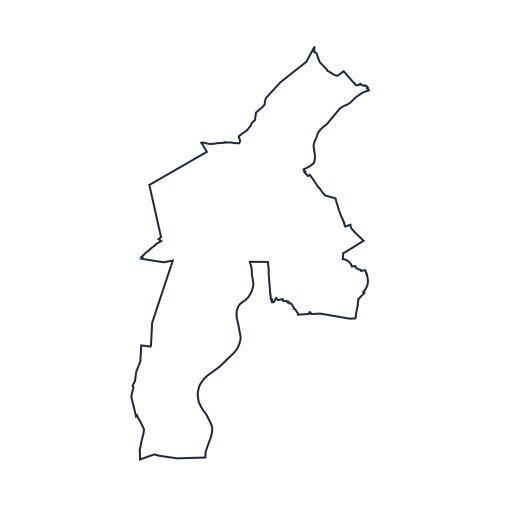 Venlo, Limburg, Netherlands (Equal Earth projection), rotated 186°
{"feature_id": "6326949B62614877207788", "entity_name": "Venlo", "entity_type": "district", "adm_level": 2, "iso_a3": "NLD", "parent_name": "Netherlands", "parent_adm1": "Limburg", "projection": "equal_earth", "projection_center": [6.131, 51.392], "detail": "fine", "context": "isolated", "style": "outline", "palette": "slate", "viewbox_px": 512, "rotation_deg": 186, "n_neighbors": 0, "source": "geoboundaries", "source_scale": "gbopen_adm2", "svg_char_len": 5766}
<svg xmlns="http://www.w3.org/2000/svg" viewBox="0 0 512 512"><g transform="rotate(186 256 256)"><path d="M219.6,470.5L226.2,454.4L249.9,431.3L262.7,414.0L263.3,409.9L263.3,407.1L264.3,406.2L265.2,404.7L271.0,398.7L271.2,391.2L274.2,387.6L274.9,385.0L278.0,380.3L280.6,377.8L282.2,376.6L285.6,373.2L285.4,372.2L285.2,371.8L284.9,371.1L284.3,370.2L283.9,369.3L283.9,368.4L284.4,366.4L288.5,366.0L292.6,366.3L298.4,365.6L298.6,366.0L299.7,365.5L299.6,365.3L301.6,364.8L305.8,364.3L309.2,363.3L313.4,362.6L317.3,362.8L319.4,363.3L321.1,363.2L322.2,362.9L321.8,362.4L320.7,361.2L317.8,357.1L317.2,356.3L315.8,354.4L369.5,315.5L352.7,265.7L352.3,265.0L354.7,262.5L351.8,261.0L356.6,257.4L357.1,256.7L358.3,255.4L359.2,254.5L359.8,254.0L361.7,252.0L362.5,251.2L363.3,250.2L365.5,248.2L366.4,247.2L367.2,246.1L370.0,242.9L368.9,242.6L369.8,241.3L347.3,240.1L338.3,242.7L352.3,178.8L351.1,155.8L351.5,154.9L360.8,155.1L360.1,141.1L360.0,138.9L360.3,138.2L361.0,135.6L363.0,128.2L363.3,118.8L363.7,118.1L364.1,117.0L364.8,115.1L365.3,114.1L364.7,113.3L364.1,112.7L365.0,106.5L365.2,102.5L362.9,96.2L362.6,95.7L362.5,95.0L362.3,94.5L358.5,83.9L357.7,85.1L355.3,81.2L353.9,79.4L351.6,75.7L349.3,72.1L349.3,71.3L349.3,68.0L349.9,64.2L350.8,57.4L350.7,57.3L351.4,50.6L350.8,47.7L350.1,41.5L336.5,48.0L335.7,47.9L333.8,47.6L331.2,47.3L331.2,47.2L313.4,46.5L285.2,50.3L285.5,52.8L285.6,54.7L285.6,55.7L285.3,57.4L284.4,61.3L284.2,62.3L283.5,64.9L283.2,66.4L282.6,68.4L282.3,69.7L281.8,72.3L281.5,73.8L281.4,76.1L281.4,78.2L281.4,78.8L281.6,80.1L281.6,80.6L282.2,82.4L283.5,85.0L284.2,85.9L286.0,88.9L286.9,90.1L287.1,90.6L287.5,91.3L289.4,93.8L291.6,96.2L293.3,98.2L295.0,100.4L297.6,104.6L298.4,107.5L298.8,108.8L299.3,111.3L299.5,113.0L299.6,115.1L299.1,118.3L299.1,119.5L298.4,122.0L296.8,125.0L295.8,126.9L294.3,129.0L291.7,132.1L286.2,137.0L282.3,140.6L281.2,141.7L280.4,142.4L278.9,144.1L275.1,148.7L273.8,150.4L272.8,151.4L270.4,154.3L268.0,157.1L267.2,158.3L266.1,159.9L265.1,161.8L264.8,162.5L263.6,165.9L263.3,167.3L262.8,170.8L262.8,171.0L262.7,172.8L262.9,174.1L267.0,187.8L268.6,192.2L269.3,195.7L269.4,199.5L268.9,202.0L268.2,204.3L267.1,206.2L265.9,207.6L262.7,210.3L261.7,211.3L259.1,214.6L257.8,217.4L256.5,220.9L255.8,224.9L255.6,227.3L256.1,229.6L257.0,233.0L258.1,236.8L258.7,241.3L259.3,243.8L260.1,245.9L261.5,249.4L259.9,249.8L259.8,249.7L258.8,249.9L254.4,250.2L254.1,250.3L252.2,250.5L251.7,250.6L243.5,251.3L243.4,250.5L242.6,247.1L241.7,242.3L241.7,241.6L241.9,241.5L237.6,218.5L237.4,218.5L236.8,215.1L236.6,215.1L236.5,214.2L235.6,214.5L235.4,212.9L235.4,211.8L233.7,211.8L231.6,216.3L229.4,214.4L225.0,216.0L224.6,214.3L221.1,214.2L219.6,214.3L219.6,213.1L217.9,213.2L217.8,212.3L215.8,212.3L215.0,211.2L214.2,210.0L212.2,207.6L212.4,207.4L211.9,207.3L211.6,207.0L210.8,206.1L207.8,202.8L208.2,202.7L208.1,202.1L201.6,203.1L200.9,203.3L199.6,203.5L198.6,203.7L197.5,203.9L197.2,204.0L196.9,204.1L196.7,204.5L196.6,204.8L196.6,205.0L196.7,205.4L196.9,205.6L196.7,205.7L196.4,205.8L194.6,204.1L192.8,204.4L186.1,205.4L182.6,205.2L156.8,203.5L156.2,203.5L152.6,204.0L150.7,204.3L150.5,206.3L150.4,206.3L150.4,206.9L150.5,207.6L150.5,208.1L149.7,217.3L149.7,223.5L149.5,223.4L149.5,224.1L144.4,230.4L145.2,230.8L144.9,231.3L145.4,231.5L144.9,232.1L144.1,233.7L143.6,234.6L143.3,235.5L142.9,236.3L142.6,237.1L142.2,238.8L142.1,239.5L142.0,241.2L142.1,242.1L142.1,242.9L142.4,244.6L142.6,245.5L142.8,246.3L143.1,247.1L144.3,249.7L144.0,249.7L145.9,253.3L147.1,253.0L147.8,252.7L150.1,252.2L150.6,253.3L151.7,253.3L152.3,253.4L152.9,253.5L153.5,253.7L154.7,254.4L155.4,254.7L156.3,256.4L159.6,255.6L159.9,256.3L160.3,257.1L160.6,257.6L161.2,258.3L161.7,258.9L162.3,259.5L162.5,259.6L163.7,260.4L164.7,261.0L165.8,261.4L168.0,262.0L169.1,262.1L169.4,262.0L169.5,268.0L167.1,269.5L150.6,282.4L160.3,290.0L163.3,292.7L164.8,294.6L165.3,296.9L170.4,294.6L171.7,297.4L172.1,298.2L171.8,298.3L172.2,299.1L172.7,299.8L176.1,305.7L178.6,310.9L178.7,311.0L180.1,314.7L181.0,316.5L181.4,317.4L181.8,318.6L183.0,321.6L193.7,323.5L194.0,323.6L200.3,330.4L201.9,331.7L204.1,334.4L205.8,336.5L208.6,339.7L209.3,340.5L211.1,342.3L212.8,340.9L214.6,342.5L214.4,342.5L215.3,343.4L216.8,344.7L216.0,345.2L217.7,347.1L213.1,350.0L211.2,351.5L209.2,353.3L208.7,354.0L208.0,355.1L207.8,356.7L207.7,358.0L207.6,359.5L207.9,361.7L208.2,363.7L209.0,366.2L209.9,370.0L210.3,372.1L210.3,372.4L209.9,374.8L209.3,377.2L208.3,379.9L207.4,384.6L206.1,386.9L204.9,388.7L203.8,390.0L202.4,391.6L200.3,393.5L199.0,395.0L197.9,396.6L197.2,397.7L192.2,405.2L191.2,406.7L190.6,407.6L189.7,408.8L188.7,410.6L187.4,412.0L186.4,412.8L184.2,414.4L181.4,415.9L179.5,417.3L177.7,418.9L177.0,419.7L174.6,422.9L172.6,424.9L170.0,427.2L167.5,429.2L165.7,430.4L161.0,432.6L162.4,434.2L162.4,434.3L162.5,434.3L162.7,434.2L162.9,434.2L163.1,434.3L163.1,434.5L162.7,434.7L162.5,434.8L162.6,435.1L162.8,435.1L163.1,435.0L163.3,435.1L163.3,435.3L163.0,435.2L163.1,435.3L162.9,435.4L162.8,435.5L163.0,435.6L163.2,435.9L163.4,436.2L163.7,436.3L163.8,436.5L164.3,436.7L165.0,437.1L165.5,436.9L165.8,436.8L165.9,436.6L166.0,436.6L165.9,436.9L165.9,437.0L166.0,437.0L166.3,437.0L166.5,437.0L166.7,436.9L167.0,436.8L167.1,436.7L167.6,436.8L167.8,436.8L168.1,437.0L168.7,437.3L169.2,437.3L169.5,437.4L169.6,437.6L169.8,437.7L169.8,437.9L170.0,438.1L170.5,437.7L170.8,437.7L171.2,437.5L171.3,437.4L171.3,437.1L171.8,436.8L171.9,436.7L172.1,436.8L172.3,436.7L172.7,436.4L173.7,436.3L173.9,436.2L174.1,436.2L174.1,436.3L174.5,436.5L174.8,436.8L175.1,436.8L175.5,437.6L175.7,437.9L176.0,437.9L176.2,438.0L176.7,438.4L177.3,438.8L188.1,448.9L193.8,443.7L196.8,444.2L204.8,448.0L204.9,448.7L213.0,455.6L217.0,463.9L219.6,465.2L219.6,468.0L219.6,469.6L219.6,470.5Z" fill="none" stroke="#1e293b" stroke-width="2"/></g></svg>